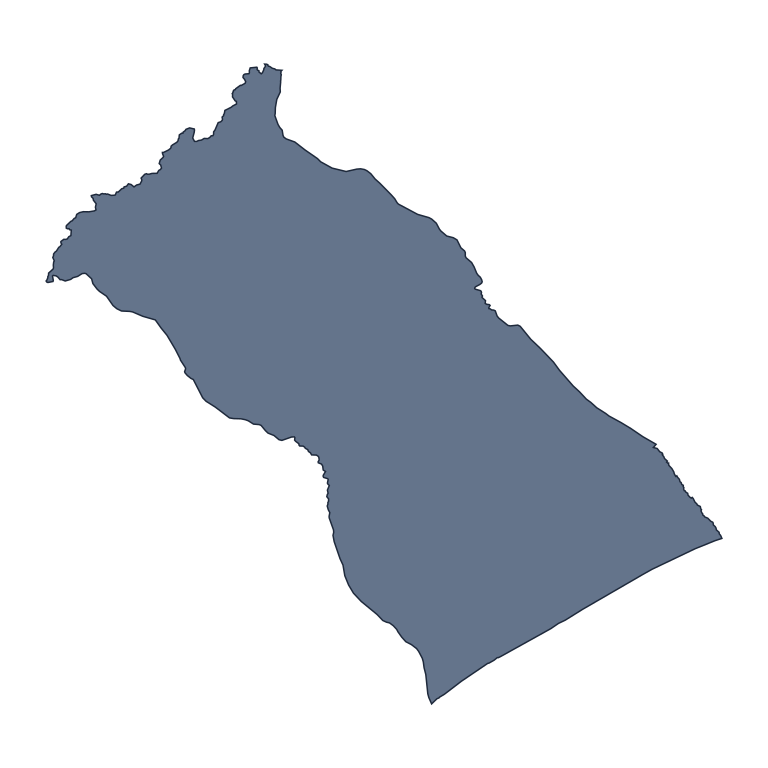 Ashburton District, Canterbury, New Zealand (orthographic projection)
{"feature_id": "76426892B67490392619743", "entity_name": "Ashburton District", "entity_type": "district", "adm_level": 2, "iso_a3": "NZL", "parent_name": "New Zealand", "parent_adm1": "Canterbury", "projection": "orthographic", "projection_center": [171.372, -43.643], "detail": "fine", "context": "isolated", "style": "filled", "palette": "slate", "viewbox_px": 768, "rotation_deg": 0, "n_neighbors": 0, "source": "geoboundaries", "source_scale": "gbopen_adm2", "svg_char_len": 6003}
<svg xmlns="http://www.w3.org/2000/svg" viewBox="0 0 768 768"><path d="M53.7,261.9L53.3,265.1L53.5,267.7L53.2,268.9L48.6,273.1L48.5,275.3L47.8,276.7L47.8,277.8L46.7,280.4L46.1,281.0L46.7,282.0L47.9,282.5L53.0,281.5L53.3,280.4L52.5,276.0L53.2,275.4L56.2,275.9L58.0,277.2L60.1,279.7L61.6,279.6L65.2,281.0L70.7,279.4L73.0,277.7L77.7,276.4L82.1,273.6L84.7,273.3L86.1,273.7L91.6,278.8L92.9,283.6L97.1,289.1L99.5,291.4L106.5,296.2L113.0,305.5L116.8,308.7L121.5,311.0L129.7,311.4L132.5,311.9L142.8,316.3L155.3,319.9L161.3,328.3L167.0,335.3L175.3,349.3L180.1,358.7L180.4,360.0L185.4,367.7L185.6,368.8L184.6,371.7L185.0,372.8L187.3,375.5L191.1,378.5L193.3,379.5L202.7,397.8L206.1,401.3L215.3,407.1L229.5,417.9L233.6,418.6L240.9,418.8L245.3,419.7L248.3,420.8L253.5,424.1L259.2,424.6L261.1,425.4L265.4,430.6L268.0,433.1L274.0,435.5L279.0,439.7L281.9,440.4L291.6,437.0L294.4,436.9L294.9,437.7L294.6,440.1L295.6,441.3L298.8,443.7L299.1,445.3L299.7,446.0L303.1,446.1L304.7,447.2L305.3,448.3L307.7,449.6L308.5,451.5L310.4,452.8L311.6,454.9L316.5,455.1L318.2,456.3L318.8,457.2L319.1,459.3L319.1,460.1L318.1,461.8L318.3,462.8L321.5,464.1L322.7,466.1L323.2,470.0L325.5,471.5L323.3,475.2L323.1,476.1L323.6,477.4L327.7,478.7L328.2,479.4L327.4,483.1L327.8,484.0L329.3,485.5L327.4,490.1L328.1,493.3L327.3,494.5L326.8,496.7L328.6,498.9L328.5,501.5L327.9,502.4L327.9,504.2L327.2,506.0L328.3,509.8L329.8,512.6L329.1,516.3L329.2,517.9L333.5,529.9L333.7,532.3L333.0,535.4L334.2,541.7L340.0,558.6L343.0,565.1L344.8,575.7L348.6,585.0L353.5,593.2L361.3,601.5L377.1,614.5L382.8,620.5L386.5,622.2L389.5,622.9L393.3,625.7L396.7,629.4L398.0,631.9L401.7,637.1L405.8,641.7L411.4,644.6L416.6,648.6L418.6,651.3L422.3,658.3L423.3,661.9L424.1,667.8L425.8,674.5L427.8,693.8L428.8,697.5L431.6,703.9L437.0,698.7L439.0,697.9L439.5,697.2L444.6,694.1L461.3,681.3L487.7,663.4L489.0,663.1L494.1,660.2L497.3,657.6L498.2,657.7L500.3,656.7L550.9,628.6L558.5,623.4L565.2,620.2L582.5,609.4L642.4,574.7L652.0,569.3L695.2,548.7L715.0,540.7L721.9,538.4L720.6,535.4L719.3,533.9L719.1,532.3L716.4,529.9L716.0,528.0L715.2,526.6L713.4,525.0L713.1,522.9L712.7,522.2L710.7,521.2L707.8,518.2L704.7,516.9L704.1,515.9L702.8,515.0L702.6,513.6L701.9,512.9L701.0,510.9L701.5,509.7L700.8,508.9L700.3,506.5L697.3,505.0L697.0,504.1L694.9,502.0L693.2,498.5L692.2,497.4L691.3,498.1L689.8,497.1L688.0,495.1L687.7,493.3L685.8,492.1L685.2,490.9L684.3,490.7L683.6,489.0L683.9,487.7L683.2,486.6L683.3,485.3L681.8,484.5L681.1,482.5L680.0,481.7L679.4,479.3L677.6,477.3L676.8,475.8L675.9,476.5L675.6,476.2L674.2,473.6L673.9,472.1L671.9,468.6L668.8,465.3L668.6,463.3L668.3,463.6L666.6,462.1L667.4,461.1L664.5,458.5L663.8,456.6L662.5,455.1L662.3,454.7L662.8,454.3L662.2,453.0L659.7,451.7L657.2,448.5L653.4,447.5L656.1,444.3L642.9,436.7L631.0,428.6L621.1,422.6L609.0,416.0L605.9,413.6L596.8,407.8L590.7,402.3L586.4,399.2L579.6,391.9L573.2,386.0L559.5,370.3L553.5,362.1L540.5,348.5L530.8,339.3L520.2,326.3L517.8,325.1L510.3,325.9L507.9,325.4L498.7,318.0L497.1,316.0L495.3,310.9L493.8,310.1L491.6,309.9L490.1,308.8L488.9,308.6L488.8,307.7L490.1,305.4L489.2,304.6L486.7,304.3L485.2,303.4L485.5,300.6L482.2,297.6L482.0,297.1L482.5,296.0L481.2,294.0L481.5,292.4L481.1,291.2L480.3,290.6L475.4,289.2L474.7,288.6L474.8,287.7L475.5,286.8L479.8,284.5L481.6,283.1L482.2,281.8L481.7,279.8L480.3,277.2L478.2,275.3L476.7,273.2L474.1,266.9L471.6,262.5L466.1,257.8L465.3,256.1L465.3,252.6L464.6,251.0L460.9,247.8L457.0,239.9L453.3,237.7L446.7,236.0L440.9,231.0L439.4,229.1L436.3,223.2L431.7,219.1L428.9,217.6L417.7,214.4L398.4,204.1L397.1,202.7L394.7,198.7L391.3,194.9L379.8,183.2L375.1,179.0L370.8,173.7L366.9,170.7L364.4,169.5L360.6,168.8L356.8,169.1L346.1,171.5L332.1,168.1L320.7,161.8L317.5,158.6L305.1,150.0L294.8,142.0L286.2,138.9L283.8,137.1L283.0,135.3L282.2,130.2L279.8,127.5L278.0,124.4L274.8,115.5L275.2,113.6L275.4,107.5L276.8,99.4L280.3,91.9L280.1,88.3L280.7,81.7L280.5,81.1L280.8,80.2L280.9,76.6L281.3,74.7L280.7,73.4L281.0,72.8L280.9,71.4L281.9,70.3L276.0,69.9L274.8,68.9L272.4,68.3L269.6,66.4L268.5,66.2L267.9,65.5L267.9,64.8L266.7,64.2L264.6,64.1L265.4,65.5L265.4,66.4L263.9,68.5L263.8,69.7L262.4,72.8L261.2,73.8L259.0,72.0L258.9,70.7L257.5,70.1L257.1,69.3L257.3,68.0L256.8,67.2L250.2,67.9L249.3,70.7L249.4,72.8L248.9,73.7L245.1,74.0L243.9,74.6L243.2,75.7L243.0,77.5L244.5,79.3L245.7,81.7L245.1,83.3L241.1,85.5L240.4,85.3L235.7,88.7L235.3,89.6L234.0,90.0L233.4,90.7L233.4,91.7L232.9,92.0L232.8,93.0L232.2,93.6L232.6,94.6L232.5,96.9L235.2,100.9L236.4,101.4L236.5,104.0L232.8,105.9L231.3,107.2L224.9,110.4L224.3,113.6L223.6,114.7L223.6,115.7L222.1,117.1L222.5,119.2L222.2,120.4L220.7,121.8L218.2,122.6L215.0,130.0L213.6,131.9L213.6,134.3L212.9,135.7L211.2,135.8L209.7,137.5L207.8,138.6L204.2,138.4L201.4,140.1L198.5,140.5L196.8,141.4L194.5,141.4L192.7,138.0L194.2,132.4L194.5,130.1L194.3,129.0L189.6,127.9L186.0,129.3L185.1,130.7L183.1,132.2L182.9,133.2L181.7,133.2L179.3,134.9L179.0,138.2L178.3,139.0L178.1,140.7L176.8,142.3L172.5,144.9L171.1,146.2L171.0,147.5L170.5,148.4L168.5,150.0L163.6,152.4L162.4,152.4L162.5,153.6L163.6,156.3L163.1,157.4L160.2,160.1L159.2,163.6L160.7,165.0L161.5,168.1L160.3,169.6L158.8,170.4L157.1,173.3L152.0,173.4L149.2,174.2L147.4,174.2L146.5,173.7L144.7,174.3L141.1,178.1L141.8,179.8L141.7,180.9L140.0,184.1L136.6,185.0L134.0,186.9L131.1,184.5L128.4,183.8L126.6,186.2L124.1,186.9L123.7,188.2L121.8,188.7L118.3,192.0L116.5,192.1L115.3,194.9L114.5,195.2L111.1,195.4L107.6,194.0L106.3,194.3L105.7,193.8L103.5,193.9L102.3,193.5L100.6,194.2L99.5,195.3L96.1,194.3L91.3,195.6L91.5,196.8L93.1,198.4L93.4,200.2L96.2,203.8L95.4,207.2L96.0,209.9L94.4,210.9L88.9,211.8L83.3,211.7L79.5,212.6L76.7,214.4L75.7,217.7L74.1,218.5L72.2,220.8L70.9,221.3L66.6,225.4L66.2,226.1L66.3,228.2L67.5,228.8L69.1,228.7L69.6,229.7L71.3,230.1L70.9,235.6L68.8,236.7L67.3,238.9L65.9,239.4L63.8,239.3L60.9,241.5L60.9,242.8L61.8,244.2L59.9,246.7L58.8,247.3L56.4,251.1L55.0,252.1L53.6,254.0L53.5,255.8L52.8,257.5L54.3,260.9L53.7,261.9Z" fill="#64748b" stroke="#1e293b" stroke-width="1.5"/></svg>